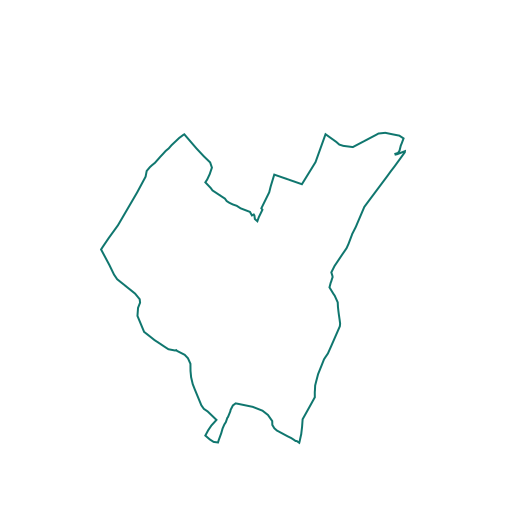 the district of Manzala, Ad Daqahliyah, Egypt, rotated 303°
{"feature_id": "37247803B21688775597596", "entity_name": "Manzala", "entity_type": "district", "adm_level": 2, "iso_a3": "EGY", "parent_name": "Egypt", "parent_adm1": "Ad Daqahliyah", "projection": "natural_earth1", "projection_center": [31.941, 31.153], "detail": "fine", "context": "isolated", "style": "outline", "palette": "teal", "viewbox_px": 512, "rotation_deg": 303, "n_neighbors": 0, "source": "geoboundaries", "source_scale": "gbopen_adm2", "svg_char_len": 2480}
<svg xmlns="http://www.w3.org/2000/svg" viewBox="0 0 512 512"><g transform="rotate(303 256 256)"><path d="M425.0,323.8L418.2,318.9L417.1,317.8L417.6,317.2L419.8,319.0L421.4,319.0L422.5,319.0L427.4,317.3L430.1,316.8L435.0,315.7L435.0,314.0L435.0,310.6L434.5,309.4L432.4,304.2L429.7,297.3L425.4,292.0L423.3,290.9L400.1,277.9L395.9,269.2L394.8,265.2L395.4,261.2L396.0,248.0L367.1,254.8L341.2,255.4L334.2,227.0L322.4,230.4L316.6,232.4L298.9,234.5L298.3,236.2L290.1,237.2L285.9,238.2L286.4,234.9L289.1,232.6L289.6,231.5L287.8,230.5L289.7,226.9L289.2,224.6L287.6,217.1L287.6,212.5L286.6,208.5L286.3,206.2L286.1,204.4L286.1,201.5L287.2,198.7L287.2,195.2L287.3,183.8L288.4,180.9L290.2,173.4L293.6,173.4L299.4,172.6L306.1,170.9L309.5,166.6L311.2,157.9L313.8,147.4L319.0,129.6L318.0,129.1L313.2,127.3L302.9,124.8L298.6,124.2L296.5,123.5L294.8,123.0L291.0,122.4L287.2,121.7L279.1,120.5L275.4,119.3L272.7,118.6L267.8,118.0L262.4,120.2L244.5,121.7L206.6,123.5L190.9,122.7L180.6,122.5L177.1,122.5L168.6,137.9L163.1,147.0L160.9,152.2L158.6,175.1L156.4,182.0L153.7,184.2L148.3,185.3L141.2,189.2L131.4,203.5L130.8,210.5L130.2,216.7L130.1,229.9L130.1,233.3L132.7,239.7L133.6,240.3L133.4,241.4L134.3,250.0L133.2,254.6L129.9,259.7L123.9,263.7L119.0,267.6L114.1,272.7L110.8,277.3L101.0,291.5L99.4,295.5L99.3,300.1L97.0,312.1L93.7,311.6L89.6,310.9L83.9,310.8L77.8,311.3L77.0,317.1L77.0,321.7L78.9,325.7L81.3,325.0L88.3,323.4L93.2,321.9L97.5,321.2L100.2,321.2L104.6,320.1L105.7,320.2L108.9,319.6L111.6,319.1L113.2,318.5L118.1,318.0L121.3,319.2L122.3,321.6L127.7,335.4L129.8,345.7L129.2,352.6L126.4,359.5L123.2,361.7L121.5,365.2L121.0,368.6L122.0,380.7L122.5,384.7L122.5,387.6L122.4,389.9L123.0,391.0L122.9,394.0L123.6,393.8L128.4,392.0L130.0,391.4L130.5,391.2L130.9,391.1L137.8,387.7L144.5,384.0L150.6,383.6L160.9,382.9L169.0,382.3L169.5,382.3L173.9,379.4L175.4,378.6L177.8,377.2L179.7,376.1L184.1,374.6L190.8,372.4L200.5,370.5L206.4,369.3L208.7,369.3L213.4,369.4L221.6,368.1L242.7,364.6L244.1,363.9L245.2,363.3L247.9,361.0L252.0,357.4L254.7,355.1L258.0,352.4L261.6,349.8L262.0,349.2L265.6,343.6L266.4,341.6L269.7,334.7L274.3,333.2L275.8,332.9L277.5,332.4L279.0,332.0L279.9,331.8L280.7,331.2L283.3,328.1L290.5,327.3L296.5,327.4L304.2,327.5L307.4,327.6L311.9,327.7L316.5,327.0L325.7,325.0L327.3,324.6L327.9,324.6L334.4,323.9L336.3,323.6L337.3,323.4L356.2,320.1L365.8,320.7L386.9,322.1L394.4,322.6L400.4,322.9L406.6,323.4L424.0,324.3L425.0,323.8Z" fill="none" stroke="#0f766e" stroke-width="2"/></g></svg>